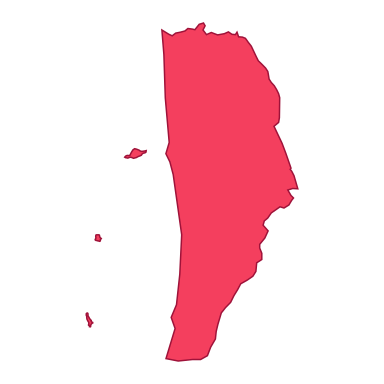 the district of Yan, Kedah, Malaysia
{"feature_id": "92858781B20286936830399", "entity_name": "Yan", "entity_type": "district", "adm_level": 2, "iso_a3": "MYS", "parent_name": "Malaysia", "parent_adm1": "Kedah", "projection": "robinson", "projection_center": [100.352, 5.848], "detail": "fine", "context": "isolated", "style": "filled", "palette": "rose", "viewbox_px": 384, "rotation_deg": 0, "n_neighbors": 0, "source": "geoboundaries", "source_scale": "gbopen_adm2", "svg_char_len": 2643}
<svg xmlns="http://www.w3.org/2000/svg" viewBox="0 0 384 384"><path d="M291.0,168.2L285.9,153.5L282.1,143.4L274.0,126.3L278.6,122.4L279.4,117.8L279.7,97.7L278.6,93.7L276.7,89.8L274.3,85.8L271.3,82.5L269.1,79.1L268.3,74.2L267.8,71.5L265.6,68.1L262.1,64.5L258.3,60.8L256.2,56.6L251.3,46.2L248.4,42.5L245.4,38.3L242.4,37.1L238.6,36.8L237.0,32.2L235.4,34.6L231.9,34.3L229.0,32.3L228.4,31.9L224.3,33.7L217.6,34.9L211.3,32.5L206.5,34.6L203.0,30.0L205.1,25.8L203.5,23.0L199.2,24.3L194.9,29.7L192.4,29.1L187.9,28.5L184.9,31.0L180.3,32.2L175.7,33.1L172.2,35.8L168.9,34.3L161.9,30.0L163.9,54.7L165.3,97.9L169.2,142.5L165.9,153.7L169.9,161.9L173.2,174.5L181.7,234.8L179.8,274.2L176.5,304.7L171.2,317.4L175.1,328.5L166.0,358.6L178.2,361.0L192.6,359.5L200.6,359.5L207.4,355.7L210.7,347.1L215.4,339.0L216.2,331.4L217.9,324.3L221.3,312.9L225.5,307.6L230.6,302.4L233.9,295.7L237.7,289.5L240.7,283.8L247.4,280.0L252.9,276.2L255.9,271.4L256.7,262.8L261.8,259.5L261.8,253.3L259.7,248.1L259.7,244.3L264.8,238.1L268.1,230.9L263.1,225.2L264.3,220.9L267.7,218.1L271.3,212.9L276.2,209.5L280.0,206.8L284.0,208.0L288.9,205.0L291.6,200.4L293.5,198.0L291.0,195.5L287.8,190.0L292.7,188.5L297.8,188.8L294.0,175.7L291.8,171.4L290.2,169.3L291.0,168.2ZM140.2,151.0L139.2,150.2L136.7,149.2L134.6,148.7L133.0,149.8L132.1,151.2L131.3,152.5L130.6,153.9L130.0,155.2L128.6,155.6L127.7,155.4L126.6,155.6L125.5,156.2L124.7,157.2L125.6,157.7L126.9,157.9L127.8,158.1L129.3,157.5L130.0,157.2L131.7,157.5L133.5,158.3L136.5,157.5L138.0,156.6L140.2,155.8L141.4,155.2L142.2,153.9L143.5,153.1L144.9,152.9L146.0,152.1L146.2,150.6L144.6,151.0L143.1,151.2L141.8,151.4L140.2,151.0ZM90.6,326.6L90.7,325.6L90.8,325.1L91.1,324.3L91.4,324.0L91.8,323.6L92.1,323.3L92.4,323.1L92.8,322.9L92.6,322.3L92.2,322.2L91.8,322.0L91.3,321.7L91.2,321.2L91.3,320.6L91.1,320.2L90.7,320.1L90.2,319.3L89.7,318.7L89.3,318.1L89.1,317.5L88.7,316.9L88.4,316.4L88.1,315.9L88.0,315.4L88.0,314.9L88.0,314.3L87.9,313.9L87.9,313.4L87.4,313.0L87.1,313.0L86.6,313.3L86.3,313.6L86.3,314.1L86.2,314.8L86.3,315.5L86.6,316.0L86.7,316.6L86.8,317.1L86.7,317.7L87.1,319.6L87.5,320.2L87.8,320.9L88.1,321.4L88.5,322.0L88.7,322.5L88.8,323.3L88.8,323.8L88.6,324.4L88.5,325.1L88.8,325.4L89.2,325.4L89.5,326.0L89.5,326.7L90.5,326.8L90.6,326.6ZM98.9,234.8L98.2,234.8L96.8,234.8L96.1,234.9L95.8,235.6L95.7,236.2L95.8,237.2L95.9,237.7L95.8,238.2L95.5,239.0L95.2,239.3L95.2,239.9L95.8,240.4L96.5,240.5L97.9,240.9L98.3,240.9L99.4,241.3L99.9,241.3L100.3,240.8L100.4,240.1L100.4,239.4L100.9,239.1L101.3,238.5L100.9,238.2L100.1,237.6L99.8,237.0L99.7,236.3L99.5,235.6L99.4,235.1L98.9,234.8Z" fill="#f43f5e" stroke="#9f1239" stroke-width="1.5"/></svg>